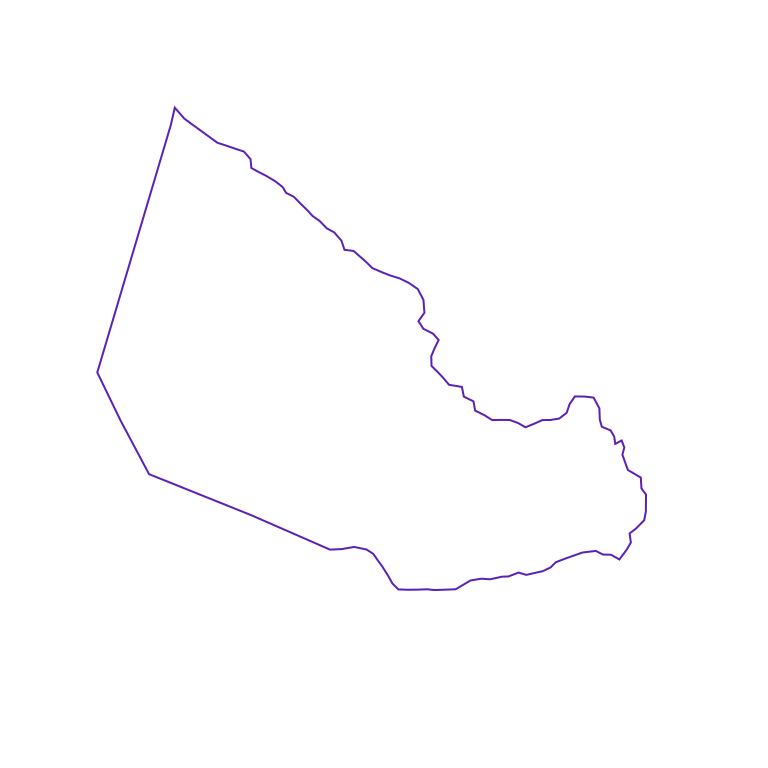 outline of Luzinópolis, Tocantins, Brazil, rotated 200°
{"feature_id": "56859067B89820520671314", "entity_name": "Luzinópolis", "entity_type": "district", "adm_level": 2, "iso_a3": "BRA", "parent_name": "Brazil", "parent_adm1": "Tocantins", "projection": "robinson", "projection_center": [-47.877, -6.217], "detail": "fine", "context": "isolated", "style": "outline", "palette": "violet", "viewbox_px": 768, "rotation_deg": 200, "n_neighbors": 0, "source": "geoboundaries", "source_scale": "gbopen_adm2", "svg_char_len": 1589}
<svg xmlns="http://www.w3.org/2000/svg" viewBox="0 0 768 768"><g transform="rotate(200 384 384)"><path d="M141.4,412.2L146.2,406.8L149.6,413.2L155.2,417.9L164.7,418.3L169.0,424.3L173.3,434.8L182.4,442.9L190.9,440.9L200.4,437.6L202.7,428.4L202.5,419.4L207.5,411.5L215.3,407.1L222.8,404.3L229.1,398.2L236.3,391.7L244.7,393.2L253.5,393.2L262.8,389.9L270.0,387.1L279.3,389.1L289.3,390.2L294.0,398.3L304.6,399.4L309.8,407.9L322.6,405.5L330.8,410.2L337.4,413.5L345.5,417.2L349.1,426.3L348.7,434.8L347.7,444.0L355.2,448.1L365.8,449.3L373.1,454.8L370.4,464.8L375.7,476.5L384.6,484.7L395.2,487.5L405.8,488.6L415.3,488.1L423.7,488.3L434.5,488.9L443.6,493.0L450.8,495.8L458.1,498.6L467.0,496.6L473.1,504.2L482.6,509.4L491.0,510.7L500.3,515.2L508.7,517.5L514.7,520.7L522.9,524.4L532.8,529.1L541.4,530.1L546.6,534.4L555.4,537.3L566.0,539.3L574.9,540.4L582.5,541.6L586.3,549.6L595.1,554.5L604.4,554.2L615.6,554.0L623.1,553.7L662.3,565.0L675.1,572.1L672.9,554.5L658.0,307.4L657.4,296.8L619.2,259.7L573.9,218.9L463.9,215.3L378.1,209.9L367.5,214.3L356.2,220.7L343.7,222.5L336.0,220.7L329.7,216.3L323.7,212.3L314.4,205.1L308.0,199.5L300.3,195.9L291.5,198.7L282.0,202.3L273.1,205.9L266.2,207.6L246.5,215.6L235.6,228.9L226.0,234.3L217.5,236.8L207.2,243.3L201.1,245.8L193.1,252.8L185.0,253.3L170.7,262.5L164.7,268.6L161.6,275.3L152.7,283.0L139.9,293.5L127.9,299.6L120.0,298.6L112.3,301.2L102.8,299.6L99.2,311.6L97.8,319.5L102.1,327.6L97.8,334.3L92.9,345.0L94.3,353.7L100.0,369.8L106.3,373.8L110.7,383.9L125.4,386.6L135.8,399.1L136.5,406.6L141.4,412.2Z" fill="none" stroke="#5b21b6" stroke-width="2"/></g></svg>